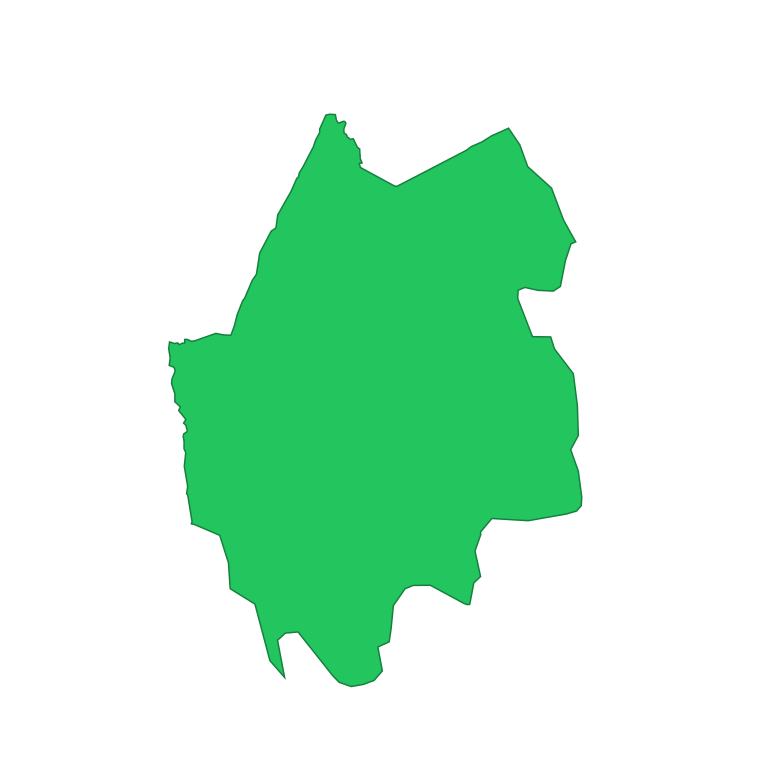 the district of Menchum, Nord-Ouest, Cameroon, rotated 338°
{"feature_id": "32672807B61384913593218", "entity_name": "Menchum", "entity_type": "district", "adm_level": 2, "iso_a3": "CMR", "parent_name": "Cameroon", "parent_adm1": "Nord-Ouest", "projection": "mercator", "projection_center": [10.029, 6.605], "detail": "fine", "context": "isolated", "style": "filled", "palette": "green", "viewbox_px": 768, "rotation_deg": 338, "n_neighbors": 0, "source": "geoboundaries", "source_scale": "gbopen_adm2", "svg_char_len": 2139}
<svg xmlns="http://www.w3.org/2000/svg" viewBox="0 0 768 768"><g transform="rotate(338 384 384)"><path d="M615.0,324.0L614.1,317.3L611.9,299.4L612.7,265.1L598.7,236.3L599.5,213.0L595.3,193.5L580.4,194.1L576.9,194.2L565.2,196.3L563.6,196.3L553.7,196.6L548.4,198.1L502.6,202.5L469.7,205.6L467.0,203.3L443.3,174.5L443.5,170.3L446.5,170.8L446.4,166.2L449.5,156.9L448.0,154.6L447.4,145.1L446.8,145.0L444.6,144.6L442.6,141.3L442.6,138.8L441.0,136.1L442.3,132.5L446.4,127.9L446.0,126.0L445.2,125.3L440.0,125.1L439.1,124.2L438.7,121.5L439.8,116.0L434.9,113.6L430.9,112.9L419.7,123.7L418.6,126.7L411.9,132.3L407.3,137.7L390.5,152.1L384.4,156.7L382.4,159.8L380.0,160.8L369.6,170.9L361.2,177.5L348.8,187.4L342.3,198.8L336.7,200.0L334.8,201.6L317.8,216.0L308.0,232.5L306.7,234.6L300.7,238.5L286.8,252.4L284.3,253.7L273.6,265.0L267.4,273.6L260.4,281.4L254.0,278.6L253.2,278.1L247.0,274.1L225.0,273.1L221.5,272.3L218.2,268.9L215.9,268.0L214.9,270.9L213.8,271.4L212.5,270.6L208.9,270.9L208.2,268.7L204.9,267.9L200.9,264.7L197.6,270.6L197.2,272.3L195.5,279.8L191.8,286.3L195.1,289.4L195.7,291.5L194.9,294.2L189.3,299.9L187.2,304.0L186.4,314.9L183.4,322.1L186.6,328.9L183.7,331.7L187.0,342.6L183.5,345.2L184.8,347.9L184.2,353.3L183.2,354.6L179.7,355.2L178.3,357.1L177.1,362.4L174.3,369.2L174.5,373.3L168.0,385.5L163.6,405.4L163.2,406.1L159.9,411.8L160.4,413.5L155.5,435.1L154.5,439.7L153.0,441.5L155.3,443.0L166.0,453.7L175.0,462.8L172.8,491.5L164.7,516.2L181.9,539.7L174.6,597.8L181.9,618.8L189.3,581.7L199.2,578.0L211.4,581.7L227.1,634.9L230.6,643.7L240.2,652.2L252.3,654.8L263.8,655.1L267.3,653.3L275.0,649.4L279.8,625.5L292.2,625.0L298.7,613.9L300.5,610.5L309.7,592.9L326.9,581.7L335.6,581.7L351.5,587.9L376.1,617.6L378.2,619.5L380.9,620.5L392.8,602.0L401.4,598.7L405.8,572.9L417.1,560.1L418.1,557.4L433.6,549.1L466.6,564.8L504.7,572.9L515.0,573.9L521.2,570.8L524.9,563.2L531.5,537.7L532.5,514.8L544.9,504.5L555.2,476.5L562.7,448.0L563.4,445.4L555.2,415.3L556.2,402.8L539.4,395.7L540.0,354.8L543.5,347.3L550.9,347.3L561.8,354.8L575.8,361.3L584.1,359.6L598.5,337.5L609.9,324.1L615.0,324.0Z" fill="#22c55e" stroke="#15803d" stroke-width="1.5"/></g></svg>